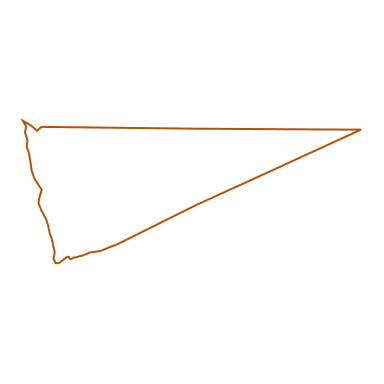 outline of Al Burgaig, Northern, Sudan
{"feature_id": "16777658B75799368386758", "entity_name": "Al Burgaig", "entity_type": "district", "adm_level": 2, "iso_a3": "SDN", "parent_name": "Sudan", "parent_adm1": "Northern", "projection": "albers", "projection_center": [30.508, 19.556], "detail": "fine", "context": "isolated", "style": "outline", "palette": "amber", "viewbox_px": 384, "rotation_deg": 0, "n_neighbors": 0, "source": "geoboundaries", "source_scale": "gbopen_adm2", "svg_char_len": 664}
<svg xmlns="http://www.w3.org/2000/svg" viewBox="0 0 384 384"><path d="M361.0,129.6L345.7,129.6L197.4,128.7L41.6,126.9L37.0,130.8L31.2,125.6L23.0,120.9L26.0,126.1L25.7,128.8L25.0,132.5L27.5,139.9L26.7,146.8L28.9,153.2L30.3,160.8L31.7,170.7L34.7,179.2L41.7,189.8L39.1,198.4L38.5,203.2L41.0,209.6L46.2,219.4L48.1,225.4L48.5,227.6L49.7,233.2L51.7,238.6L52.8,243.6L54.7,252.1L53.6,258.8L55.5,263.1L58.8,263.1L62.4,260.5L66.6,257.2L68.6,256.7L69.6,258.5L71.0,259.3L73.6,257.6L76.2,257.3L78.6,256.5L82.6,255.5L86.9,253.9L88.9,252.7L91.9,252.2L100.1,251.1L110.8,246.7L116.6,244.6L196.6,204.8L261.0,175.5L361.0,129.6Z" fill="none" stroke="#b45309" stroke-width="2"/></svg>